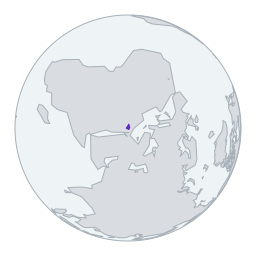 globe centered on Al Minya, rotated 120°
{"feature_id": "EGY-1545", "entity_name": "Al Minya", "entity_type": "Governorate", "adm_level": 1, "iso_a3": "EGY", "parent_name": "Egypt", "parent_adm1": "", "projection": "orthographic", "projection_center": [30.491, 28.195], "detail": "fine", "context": "on_globe", "style": "filled", "palette": "violet", "viewbox_px": 256, "rotation_deg": 120, "n_neighbors": 0, "source": "natural_earth", "source_scale": "10m", "svg_char_len": 9837}
<svg xmlns="http://www.w3.org/2000/svg" viewBox="0 0 256 256"><g transform="rotate(120 128 128)"><circle cx="128" cy="128" r="113" fill="#eef3f6" stroke="#a8b0b8"/><path d="M143.0,16.4L142.7,16.4L137.7,15.9L137.4,15.9L140.9,16.3L142.8,16.8L137.6,16.2L140.3,17.0L132.4,17.1L118.9,16.7L114.3,17.9L99.8,20.8L100.9,21.0L96.1,22.7L95.7,23.6L93.1,24.2L94.9,24.4L97.3,23.8L99.0,23.7L98.9,24.3L95.6,25.0L95.2,24.9L94.2,25.4L92.6,25.6L93.4,25.8L89.4,26.9L93.2,26.8L89.9,28.4L87.3,28.8L87.8,27.6L83.0,26.5L80.5,27.1L76.5,29.0L68.6,34.8L65.8,36.2L61.9,39.0L63.3,38.6L66.9,36.3L68.6,36.6L72.8,34.1L74.1,34.0L78.4,32.2L77.5,33.9L74.3,36.6L70.8,38.3L69.3,39.6L72.5,39.4L65.6,44.2L60.8,50.5L59.0,51.8L56.0,51.4L56.5,47.6L52.5,48.3L54.8,49.5L50.4,53.1L49.5,54.5L49.6,55.4L51.2,54.7L49.6,56.5L46.8,55.7L48.2,54.1L49.1,54.2L49.2,52.7L47.3,52.7L45.2,54.8L44.5,53.5L43.0,55.2L42.0,56.0L44.4,53.4L40.0,58.2L39.1,58.9L44.4,52.5L50.3,46.4L56.6,40.9L63.3,35.8L70.3,31.2L77.7,27.2L85.4,23.7L93.3,20.9L101.3,18.6L109.6,16.9L117.9,15.8L126.3,15.4L134.7,15.6L143.0,16.4ZM17.9,104.4L17.4,107.4L17.2,108.2L16.1,119.9L16.8,128.3L17.0,133.8L16.7,135.8L17.4,138.5L17.4,140.2L22.0,150.7L25.8,159.2L26.7,165.2L25.4,168.9L29.0,180.8L28.1,180.1L24.4,172.3L21.3,164.2L18.9,155.9L17.0,147.4L15.9,138.8L15.4,130.2L15.5,121.5L16.4,112.9L17.9,104.4ZM78.6,31.4L78.5,31.8L77.8,31.9L78.6,31.4ZM80.6,30.4L79.8,30.3L80.6,29.8L81.1,29.9L80.6,30.4ZM145.5,16.8L146.8,17.2L144.6,16.7L145.5,16.8ZM81.3,30.7L82.1,28.9L83.6,28.1L86.5,27.8L81.3,30.7ZM147.0,17.3L150.2,18.4L152.2,18.6L148.5,18.9L147.0,17.7L144.0,17.0L146.3,17.3L147.0,17.3ZM98.1,23.3L95.6,24.1L97.8,23.0L98.1,23.3ZM99.2,22.7L103.7,19.9L107.4,19.3L105.2,20.2L110.1,19.3L109.8,20.3L107.0,21.1L104.6,21.2L106.3,21.5L99.2,22.7ZM146.0,19.0L146.0,19.3L145.0,18.9L146.0,19.0ZM99.8,23.6L100.3,23.0L103.7,22.4L103.1,23.5L102.2,23.4L99.8,23.6ZM111.6,18.6L114.0,18.5L114.3,19.2L115.3,19.3L110.1,20.3L111.6,18.6ZM101.4,23.8L102.8,24.2L101.2,25.0L99.4,24.2L101.4,23.8ZM104.8,21.9L106.3,21.7L105.3,22.1L104.8,21.9ZM96.2,28.6L96.8,27.7L98.5,27.3L96.2,28.6ZM103.4,24.3L103.9,24.0L104.7,23.8L105.2,24.2L103.4,24.3ZM110.7,20.8L110.4,21.3L112.9,20.5L113.2,21.2L109.7,21.7L111.4,21.8L111.5,22.0L108.5,22.3L110.7,20.8ZM108.1,24.1L103.7,25.3L102.2,27.0L100.5,27.3L103.3,24.6L108.1,24.1ZM108.6,23.0L107.9,23.7L106.2,23.7L105.6,23.2L108.6,23.0ZM114.8,21.5L115.1,20.3L115.9,20.2L114.8,21.5ZM108.0,24.5L109.0,24.2L108.1,24.6L108.0,24.5ZM113.1,22.4L113.1,21.9L113.9,21.8L113.1,22.4ZM111.1,24.1L109.7,24.5L109.3,24.1L111.1,24.1ZM112.3,23.3L113.5,23.3L110.0,23.7L112.1,23.1L112.3,23.3ZM113.9,22.4L114.4,22.2L113.7,22.6L113.9,22.4ZM113.6,25.5L109.3,26.1L108.3,25.2L112.7,24.7L113.6,25.5ZM52.9,155.3L46.9,137.1L50.2,131.9L51.0,124.4L73.7,104.7L78.3,107.4L95.9,107.3L98.1,108.5L95.7,114.3L108.8,123.0L113.3,118.3L125.3,122.7L133.5,122.5L136.9,111.2L123.5,111.4L121.4,105.9L132.4,101.0L144.2,101.3L143.8,99.2L136.5,94.8L139.5,90.8L134.1,92.9L136.1,95.0L132.8,96.6L130.7,94.8L131.8,93.4L128.3,92.5L123.9,100.0L125.5,102.9L116.2,104.1L118.0,109.2L115.4,111.5L111.5,103.7L112.0,100.9L104.6,92.4L103.1,95.3L110.1,103.7L107.8,103.0L105.9,107.5L105.6,103.5L98.4,94.0L90.1,94.7L79.3,104.7L74.6,104.6L70.8,101.3L75.2,90.1L85.2,91.5L86.9,88.0L85.3,82.2L88.4,83.3L89.0,81.2L92.8,81.6L98.6,77.4L102.5,77.4L105.1,71.4L107.5,70.8L105.3,74.4L105.8,77.1L115.7,77.7L117.7,76.5L118.6,72.7L121.2,73.5L120.8,69.8L126.7,68.6L119.2,67.1L120.1,63.1L123.8,60.3L122.7,58.8L116.7,63.5L115.5,65.7L116.6,67.9L112.2,74.3L108.7,75.2L108.3,67.9L103.4,68.4L105.2,62.9L120.4,52.8L126.5,51.2L135.9,56.4L134.3,58.7L130.1,58.0L133.6,62.2L133.5,60.1L135.7,61.0L137.0,57.8L138.6,58.3L137.2,54.5L139.3,54.8L140.2,57.1L144.0,53.0L148.5,52.9L148.6,51.8L147.4,50.7L153.9,51.5L153.7,50.7L151.5,50.1L149.6,48.1L148.9,45.0L151.2,45.5L151.7,46.6L156.4,50.0L157.6,53.3L158.4,53.2L157.9,50.5L152.3,46.3L151.2,44.4L154.1,46.0L153.0,45.3L153.1,44.5L155.4,44.2L152.3,42.4L151.1,34.2L155.4,33.2L158.1,35.3L159.7,31.1L164.4,31.0L162.4,30.3L161.7,28.3L160.2,28.2L159.2,27.8L156.9,23.3L158.1,22.9L154.8,20.9L153.8,20.6L152.7,20.8L148.5,18.9L152.2,18.6L154.4,19.2L155.2,19.0L160.0,20.4L164.5,21.7L169.3,23.9L172.4,25.0L172.3,24.8L176.5,26.5L185.1,31.0L178.3,28.1L165.4,22.9L170.7,24.9L169.5,24.8L171.4,25.8L175.2,27.4L175.6,27.3L181.8,32.7L190.9,39.2L190.2,37.1L192.4,37.9L202.1,45.0L213.9,59.5L217.1,61.9L219.1,64.4L220.4,67.3L217.5,63.7L216.4,63.7L214.5,61.3L215.7,65.3L213.1,62.1L215.2,67.0L217.4,68.8L217.4,66.3L220.3,72.2L223.8,74.7L227.2,80.1L231.5,93.5L231.4,100.1L232.0,102.2L230.4,101.5L230.6,107.1L235.5,115.0L236.2,118.1L235.4,127.1L235.0,124.8L230.7,123.0L231.6,131.1L234.9,134.4L236.1,140.7L234.3,140.6L232.9,135.3L231.4,134.4L230.6,127.6L227.0,119.3L225.0,123.2L224.0,119.3L218.8,113.4L215.4,119.0L210.8,133.8L212.1,144.2L209.6,150.2L201.9,138.0L198.4,128.6L195.6,130.7L187.6,124.3L173.9,127.6L171.9,125.3L169.4,127.2L163.7,125.5L160.7,121.5L157.3,122.4L165.4,132.9L169.0,132.0L172.0,126.8L173.6,130.7L179.0,133.2L173.1,144.7L152.7,156.9L150.7,149.2L135.2,128.1L135.6,125.6L135.6,125.3L135.4,124.8L134.0,129.0L131.3,124.7L139.6,139.8L141.0,146.4L152.4,157.4L151.4,158.7L155.0,160.8L166.8,156.0L166.9,158.6L161.3,171.4L145.0,188.5L147.2,198.0L146.0,205.9L135.9,211.5L136.9,217.0L131.7,219.0L131.4,221.9L127.3,224.9L120.3,227.4L108.4,226.8L107.6,224.4L101.6,218.9L93.1,204.7L96.1,198.5L95.0,193.0L86.4,179.4L88.2,172.4L86.0,168.9L81.3,168.9L78.6,164.6L75.8,164.0L58.1,162.0L52.9,155.3ZM65.7,116.3L65.0,118.5L65.7,116.3ZM156.6,107.4L163.7,106.9L160.5,100.2L162.9,99.6L161.0,97.7L160.2,99.8L155.4,94.5L158.4,92.1L157.5,89.2L155.1,89.3L150.4,94.7L157.3,102.0L155.7,105.1L156.6,107.4ZM17.4,107.5L17.1,109.3L17.2,108.4L17.4,107.5ZM22.1,89.8L21.6,91.6L21.8,90.6L22.1,89.8ZM23.4,86.1L22.5,88.6L22.7,88.1L23.4,86.1ZM50.6,53.2L50.7,53.3L50.5,54.5L49.8,54.5L50.6,53.2ZM53.8,57.1L51.2,59.9L52.6,57.8L51.2,58.1L52.5,54.4L58.2,52.3L55.4,53.8L53.8,57.1ZM55.8,49.2L54.3,51.6L55.7,49.1L55.8,49.2ZM88.3,70.5L89.5,72.0L87.8,74.2L82.8,75.0L85.2,71.8L88.3,70.5ZM91.5,73.8L92.5,66.8L95.6,66.3L93.7,67.7L95.7,68.1L93.1,70.5L95.1,77.2L93.8,79.6L85.3,79.3L88.8,77.9L87.5,76.4L91.5,73.8ZM89.5,52.5L90.0,50.2L96.2,52.0L95.0,54.0L90.0,54.7L88.4,52.8L89.5,52.5ZM86.4,30.8L86.2,30.3L87.1,30.0L88.0,30.2L86.4,30.8ZM96.3,28.2L88.3,32.7L87.7,32.4L83.8,35.9L80.5,36.3L83.2,34.0L77.8,37.1L78.8,35.2L75.4,37.5L81.5,32.2L82.3,30.9L82.7,32.2L85.6,31.8L87.1,31.2L92.0,28.6L95.0,25.8L98.4,25.2L100.1,25.5L99.8,26.1L97.7,26.2L98.9,26.9L95.7,27.6L96.3,28.2ZM116.9,33.7L114.5,33.0L116.4,35.8L113.2,36.0L113.6,36.3L111.1,37.3L108.9,39.1L107.4,39.0L107.2,39.8L105.5,40.6L104.7,41.7L101.8,41.9L100.6,43.3L99.9,42.6L98.5,45.1L98.3,43.4L96.1,44.4L97.5,45.6L84.0,45.1L78.5,46.8L74.1,49.3L74.2,46.3L78.4,42.3L84.5,38.5L89.8,37.5L88.9,36.5L91.1,35.8L90.9,36.9L92.6,34.8L94.4,34.6L99.8,32.1L101.2,29.6L103.2,28.8L103.6,29.7L105.3,28.3L107.4,29.4L108.9,28.8L112.4,29.6L112.2,31.8L113.9,31.1L116.6,31.8L116.9,33.7ZM114.5,25.7L115.1,28.0L113.6,29.3L108.1,27.5L106.4,27.8L102.9,27.0L105.2,25.3L106.0,25.6L107.3,25.6L106.1,26.1L108.0,25.7L109.2,26.2L111.1,26.0L110.7,26.7L114.5,25.7ZM100.7,106.5L102.4,107.0L105.1,107.0L104.0,110.0L100.7,106.5ZM95.7,100.1L97.2,99.9L97.0,103.8L95.2,103.5L95.7,100.1ZM98.3,96.6L97.4,99.6L96.8,97.8L98.3,96.6ZM106.8,74.1L108.5,73.8L108.5,74.7L107.5,76.0L106.8,74.1ZM122.1,43.2L120.9,42.3L121.5,41.9L121.1,39.3L123.5,39.2L124.6,40.6L122.1,43.2ZM134.5,113.2L132.0,115.4L130.8,114.4L131.9,113.9L134.5,113.2ZM117.2,113.0L121.0,114.5L116.8,113.8L117.2,113.0ZM124.6,42.6L124.1,41.5L125.6,42.1L124.6,42.6ZM125.2,38.9L127.0,39.4L123.7,38.9L125.2,38.9ZM174.3,230.0L174.6,230.2L173.0,230.8L174.3,230.0ZM165.1,202.3L157.2,216.1L151.9,216.8L151.1,213.4L154.1,205.3L160.3,202.2L163.3,198.0L165.1,202.3ZM239.1,146.8L237.1,152.6L236.0,153.6L236.5,151.4L238.3,148.1L239.1,146.8ZM236.4,151.5L234.3,150.2L229.5,141.1L231.2,139.6L235.9,143.1L235.7,144.8L237.0,146.5L236.4,151.5ZM240.3,134.2L240.0,139.0L239.2,141.8L238.7,142.6L238.4,137.9L238.6,134.5L239.1,133.4L239.6,119.1L240.1,119.9L240.3,125.3L240.6,127.8L240.3,134.2ZM212.6,145.0L215.2,150.0L213.6,151.8L212.6,145.0ZM238.7,110.5L239.3,116.6L238.4,109.3L238.7,110.5ZM237.6,104.3L238.1,106.3L237.5,105.0L237.6,104.3ZM233.0,105.1L232.5,106.8L232.0,105.4L232.3,102.3L233.0,105.1ZM229.8,84.7L231.8,89.0L232.5,90.6L231.3,88.7L229.8,84.7ZM144.4,41.6L142.3,45.1L142.4,48.0L144.9,49.9L140.4,48.9L140.3,44.5L144.4,41.6ZM150.0,34.9L147.8,33.5L149.3,33.4L150.0,33.7L150.0,34.9ZM148.3,34.6L144.5,34.5L143.6,33.2L146.7,33.6L148.3,34.6ZM134.5,38.1L133.7,39.1L132.6,38.5L134.5,38.1ZM240.4,134.9L240.5,134.5L240.6,128.4L240.6,125.4L240.6,125.1L240.6,127.2L240.6,127.9L240.6,128.4L240.4,134.9ZM239.6,112.4L239.4,111.6L239.7,114.3L238.6,106.7L238.7,107.2L239.6,112.4ZM238.6,107.1L239.0,109.5L238.3,105.4L238.6,107.1ZM238.7,108.6L238.2,106.3L238.2,105.7L238.7,108.6ZM238.6,106.6L237.6,102.2L238.1,104.2L238.6,106.6ZM236.7,101.2L237.7,103.2L237.4,104.1L234.8,96.3L234.8,95.0L236.7,101.2ZM220.5,64.7L219.1,62.9L218.4,61.5L219.6,63.1L220.5,64.7ZM214.7,56.1L217.7,60.6L219.9,64.6L220.4,64.8L223.0,68.8L221.0,66.6L217.7,61.3L216.5,59.0L214.0,56.0L211.7,53.0L208.7,50.0L207.0,48.1L209.3,50.2L214.7,56.1ZM207.5,48.9L201.4,43.5L201.1,42.6L202.3,43.6L205.2,46.3L205.2,46.6L207.5,48.9ZM199.8,42.0L199.8,42.3L190.8,36.9L188.8,35.6L195.5,38.8L195.8,39.3L198.0,41.0L199.8,42.0ZM147.2,19.4L146.1,19.3L146.8,19.2L147.2,19.4ZM158.4,27.8L157.1,27.2L157.9,26.9L158.4,27.8ZM154.0,25.4L154.0,26.1L153.0,25.2L154.0,25.4ZM154.1,27.9L153.5,26.3L155.5,28.1L154.1,27.9Z" fill="#d9dde1" stroke="#a8b0b8" stroke-width="1"/><path d="M124.8,129.0L124.9,128.7L125.0,128.6L125.9,128.1L126.2,127.9L126.4,127.6L126.7,126.9L128.5,126.8L128.8,127.0L128.7,127.5L128.6,127.8L128.6,128.0L128.7,128.3L128.7,128.6L128.8,128.7L128.8,128.8L128.8,129.1L128.6,129.2L128.4,129.1L124.8,129.0Z" fill="#8b5cf6" stroke="#5b21b6" stroke-width="1.5"/></g></svg>